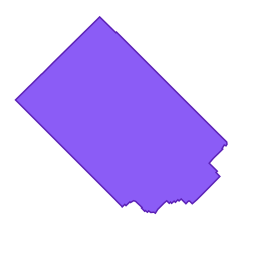 the district of Millard, Utah, United States of America, rotated 45°
{"feature_id": "52423323B41419597560614", "entity_name": "Millard", "entity_type": "district", "adm_level": 2, "iso_a3": "USA", "parent_name": "United States of America", "parent_adm1": "Utah", "projection": "natural_earth1", "projection_center": [-112.604, 39.063], "detail": "fine", "context": "isolated", "style": "filled", "palette": "violet", "viewbox_px": 256, "rotation_deg": 45, "n_neighbors": 0, "source": "geoboundaries", "source_scale": "gbopen_adm2", "svg_char_len": 930}
<svg xmlns="http://www.w3.org/2000/svg" viewBox="0 0 256 256"><g transform="rotate(45 128 128)"><path d="M227.4,130.1L227.4,119.5L227.2,97.3L221.7,97.2L221.7,95.4L210.3,95.5L209.8,89.1L209.8,87.0L209.9,81.4L209.9,78.6L209.9,75.9L209.0,75.9L208.1,72.0L209.9,71.3L209.5,69.5L207.7,68.1L194.2,68.2L141.8,68.3L52.0,68.3L52.0,69.3L29.4,69.5L29.4,74.7L28.9,134.9L29.0,150.4L28.9,150.7L28.8,150.9L28.8,166.1L28.7,168.6L28.7,174.9L28.6,187.7L112.5,187.7L126.6,187.7L169.9,187.7L178.6,187.7L179.7,187.9L179.8,184.3L181.5,184.3L181.6,178.9L182.5,178.9L183.4,175.4L185.2,174.5L194.1,174.2L194.1,175.0L198.6,175.1L198.6,174.2L201.3,173.8L201.3,172.0L203.9,171.6L205.8,169.3L207.6,168.9L206.6,164.4L206.6,155.4L206.9,152.1L210.4,152.1L210.4,150.3L212.1,150.4L212.3,147.1L214.1,147.0L214.0,143.5L215.7,143.5L215.8,140.6L222.5,140.6L222.4,137.0L223.3,136.1L227.0,136.1L227.4,130.1Z" fill="#8b5cf6" stroke="#5b21b6" stroke-width="1.5"/></g></svg>